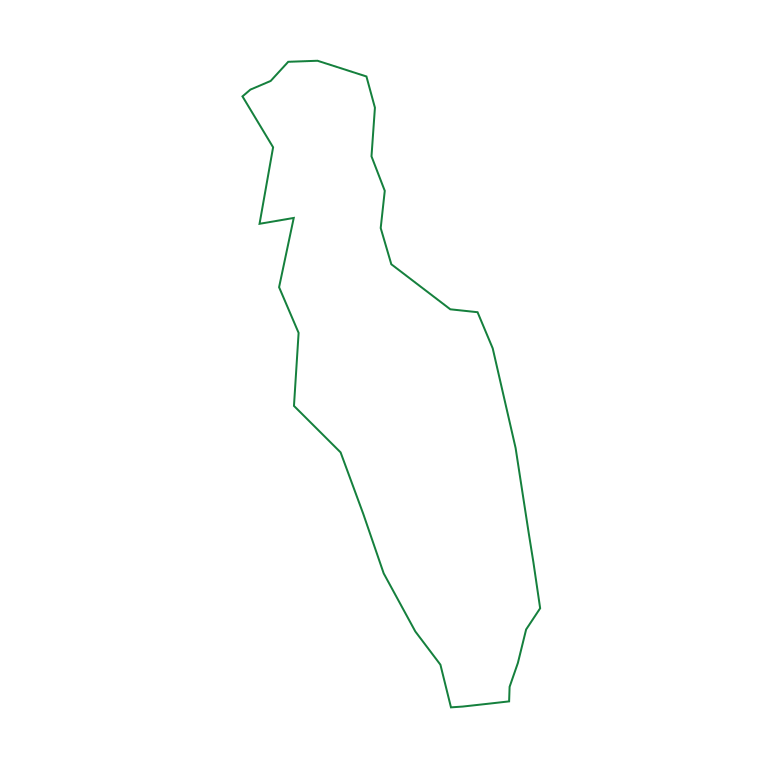 outline of Kourdaka, Paphos, Cyprus, rotated 193°
{"feature_id": "46923920B66181635672664", "entity_name": "Kourdaka", "entity_type": "district", "adm_level": 2, "iso_a3": "CYP", "parent_name": "Cyprus", "parent_adm1": "Paphos", "projection": "albers", "projection_center": [32.537, 34.86], "detail": "fine", "context": "isolated", "style": "outline", "palette": "green", "viewbox_px": 768, "rotation_deg": 193, "n_neighbors": 0, "source": "geoboundaries", "source_scale": "gbopen_adm2", "svg_char_len": 619}
<svg xmlns="http://www.w3.org/2000/svg" viewBox="0 0 768 768"><g transform="rotate(193 384 384)"><path d="M190.7,102.9L193.5,117.2L190.8,142.3L190.3,176.8L181.4,200.6L198.4,244.1L209.5,271.4L241.4,351.3L286.1,443.2L309.0,475.0L336.2,471.7L403.8,502.3L422.3,535.2L426.7,572.4L447.4,603.0L455.0,651.2L470.3,679.7L521.5,684.0L549.8,676.4L556.6,664.4L562.6,653.8L580.4,640.8L586.6,632.4L545.3,589.7L541.3,512.1L509.3,525.5L508.0,454.7L478.7,414.6L466.8,342.4L410.9,307.6L375.0,252.8L341.7,199.4L297.8,149.9L265.9,123.2L246.0,84.0L234.8,87.4L207.4,97.0L190.7,102.9Z" fill="none" stroke="#15803d" stroke-width="2"/></g></svg>